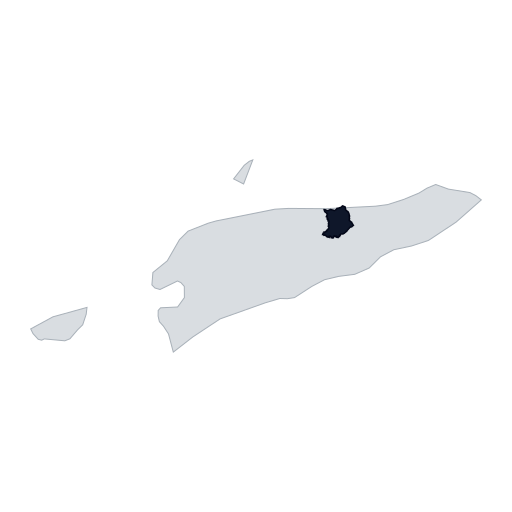 Vemasse, Baucau, East Timor shown in context
{"feature_id": "22284137B19870753775512", "entity_name": "Vemasse", "entity_type": "district", "adm_level": 2, "iso_a3": "TLS", "parent_name": "East Timor", "parent_adm1": "Baucau", "projection": "albers", "projection_center": [126.238, -8.584], "detail": "fine", "context": "in_parent", "style": "filled", "palette": "ink", "viewbox_px": 512, "rotation_deg": 0, "n_neighbors": 0, "source": "geoboundaries", "source_scale": "gbopen_adm2", "svg_char_len": 5619}
<svg xmlns="http://www.w3.org/2000/svg" viewBox="0 0 512 512"><path d="M173.3,352.1L168.5,333.9L163.4,326.1L159.4,321.7L158.1,316.1L158.2,310.4L160.6,307.8L177.6,307.0L184.4,297.6L184.3,286.4L180.9,282.6L177.5,281.0L160.0,289.5L154.9,288.0L151.9,284.9L152.9,272.5L167.3,260.8L179.5,239.6L188.1,231.1L208.2,223.2L216.3,220.9L274.8,209.2L288.7,208.4L325.8,208.7L375.4,206.2L387.6,204.6L403.5,199.5L418.9,193.1L427.1,188.1L435.7,184.5L448.4,189.1L470.0,192.6L475.9,195.7L481.3,199.9L456.1,222.1L428.5,240.4L411.5,246.0L393.9,249.7L380.5,256.8L369.2,268.0L354.8,274.3L338.5,276.4L324.6,279.7L312.0,286.3L294.5,297.6L287.4,298.7L279.8,298.5L265.3,302.8L220.1,318.9L192.9,336.9L173.3,352.1ZM30.7,328.9L53.0,316.8L87.0,307.4L86.2,314.2L82.7,324.8L77.6,329.8L69.9,338.8L64.8,340.8L44.3,338.9L41.7,340.2L38.2,339.3L33.0,333.6L30.7,328.9ZM252.8,159.9L243.6,184.0L233.6,178.9L244.2,165.3L249.3,161.3L252.8,159.9Z" fill="#d9dde1" stroke="#a8b0b8" stroke-width="1"/><path d="M342.4,205.9L342.2,206.2L341.8,206.6L341.6,206.8L341.0,207.2L340.5,207.6L340.2,207.6L339.9,207.6L339.7,207.7L339.4,207.9L339.1,207.9L338.9,208.1L338.4,208.2L337.9,208.4L337.6,208.4L337.3,208.3L337.1,208.3L336.9,208.5L336.7,208.9L336.4,209.3L335.9,209.7L335.2,210.2L334.8,210.5L334.5,210.6L334.2,210.6L333.7,210.4L333.4,210.3L333.2,210.1L332.0,209.9L331.1,209.6L330.8,209.6L330.5,209.5L330.2,209.6L329.4,210.0L329.0,210.1L328.6,210.4L328.4,210.5L328.1,210.6L327.8,210.6L327.7,210.6L327.2,210.6L326.4,210.3L326.2,210.2L325.6,209.9L325.1,209.7L324.4,209.6L324.1,209.6L324.4,210.8L324.8,211.6L325.0,211.8L325.3,212.2L326.4,212.9L326.6,213.0L326.7,213.4L326.9,213.5L327.1,213.6L327.3,213.8L327.5,214.0L327.5,214.3L327.3,214.5L327.1,214.5L327.2,215.0L327.1,215.3L327.2,215.6L326.8,215.7L326.7,215.9L326.8,215.9L327.1,215.9L327.1,216.0L326.9,216.2L327.0,216.4L327.0,216.7L327.1,216.9L326.9,217.0L327.1,217.1L327.1,217.3L327.3,217.5L327.4,217.9L327.4,218.0L327.3,218.5L327.5,218.6L327.4,218.7L327.3,218.8L327.5,218.9L327.4,219.2L327.5,219.3L327.5,219.5L327.6,219.8L327.8,220.0L328.0,220.1L328.1,220.5L328.2,220.4L328.2,220.5L328.3,220.4L328.5,220.3L328.6,220.6L328.7,220.8L328.8,221.0L328.8,220.9L328.9,221.2L329.1,221.3L329.1,221.6L328.9,221.7L329.0,222.1L328.9,222.2L328.8,222.3L328.8,222.5L328.7,222.6L328.8,222.9L328.8,223.2L328.7,223.2L328.5,223.3L328.4,223.5L328.5,223.8L328.4,224.0L328.5,224.4L328.6,224.5L328.9,224.7L329.1,225.1L328.9,225.2L328.7,225.4L328.5,225.5L328.4,225.7L328.3,225.9L328.3,226.0L328.3,226.4L328.3,226.5L328.6,226.7L328.8,226.8L328.9,227.0L328.8,227.3L328.9,227.6L329.0,227.9L328.8,228.2L328.8,228.3L328.7,228.4L328.6,228.6L328.3,228.6L328.2,228.7L328.2,228.8L328.1,229.1L328.0,229.3L328.0,229.5L327.9,229.6L327.6,229.7L327.3,230.0L327.2,230.2L326.9,230.2L326.9,230.3L326.9,230.5L326.9,230.9L326.6,230.9L326.4,231.0L326.5,231.2L326.3,231.4L326.2,231.3L326.1,231.5L325.7,231.6L325.2,231.8L325.1,232.0L324.8,232.1L324.7,232.1L324.8,232.2L324.7,232.3L324.4,232.3L324.2,232.4L324.3,232.6L324.0,232.6L323.9,232.8L323.6,233.0L323.3,233.1L323.4,233.4L323.0,233.7L322.7,234.1L322.6,234.5L322.8,234.5L323.3,234.5L323.5,234.9L324.0,235.4L324.5,235.2L324.8,234.9L325.1,235.0L325.3,235.3L325.8,235.5L326.1,236.0L326.6,236.6L327.2,236.8L327.3,236.8L327.6,236.6L327.8,236.6L327.9,237.1L328.0,237.2L328.4,236.9L328.5,236.9L328.5,237.1L328.8,237.1L328.9,236.7L329.1,236.8L329.2,237.1L329.3,237.2L329.4,236.9L329.5,236.8L329.4,236.6L329.6,236.3L329.8,236.6L330.3,236.5L330.5,236.5L330.6,236.4L330.7,236.7L330.8,236.8L331.1,237.1L331.2,237.7L331.4,237.7L331.5,237.6L331.4,237.2L331.6,237.1L331.8,237.1L331.9,237.3L332.0,237.7L332.1,237.9L332.5,238.0L332.9,237.9L333.2,237.9L333.4,237.8L333.5,237.7L333.4,237.5L333.4,237.4L333.4,237.2L333.6,236.7L333.9,236.0L334.0,235.9L334.1,236.0L334.3,236.2L334.5,236.1L334.8,235.9L335.0,236.0L334.9,236.2L335.0,236.3L335.6,236.3L335.9,236.3L335.8,236.6L336.0,236.6L336.3,236.5L336.5,236.2L337.0,236.5L337.3,236.8L337.1,236.9L337.1,237.1L336.8,237.3L337.0,237.4L337.6,237.3L337.9,237.1L337.9,237.3L338.1,237.5L338.2,237.4L338.3,237.3L338.4,237.0L338.5,237.0L338.9,236.8L338.9,236.7L338.9,236.4L339.0,236.3L339.3,236.2L339.4,236.4L339.6,236.4L339.6,236.1L339.6,235.9L339.8,235.6L339.7,235.3L339.8,235.3L340.2,235.2L340.3,235.2L340.5,234.9L340.5,234.7L340.4,234.6L340.7,234.4L340.9,234.2L340.7,234.2L341.0,233.9L341.6,233.8L342.1,234.0L342.3,234.0L342.5,234.0L342.9,234.0L343.0,233.9L343.3,233.8L343.5,233.6L344.0,233.4L344.5,233.1L344.7,232.7L345.0,232.5L345.3,232.4L345.9,231.9L346.0,231.7L346.0,231.4L346.3,231.4L346.5,231.4L346.8,231.2L347.1,230.5L347.3,230.3L349.3,228.1L349.5,227.9L349.8,227.5L349.9,227.4L350.1,227.3L350.3,227.2L350.6,227.0L351.1,227.0L351.3,226.9L351.7,226.8L351.9,226.7L352.2,226.3L352.3,226.2L352.6,226.0L352.7,225.9L353.1,225.6L353.4,225.3L353.3,225.2L353.1,225.0L353.0,224.8L352.8,224.6L352.8,224.4L352.4,223.8L352.4,223.7L352.2,223.5L352.1,223.1L351.9,222.8L351.2,222.1L351.3,222.0L351.0,221.8L350.8,221.7L350.6,221.5L349.9,221.0L349.9,220.8L349.5,220.4L349.3,220.4L349.2,220.2L349.3,219.8L349.2,219.6L349.2,219.3L349.5,219.0L349.6,218.7L349.3,217.9L349.3,217.3L349.5,216.9L349.3,216.6L349.5,216.4L349.5,216.2L349.5,215.6L349.4,215.4L349.2,215.3L349.2,215.2L349.2,214.9L349.0,213.8L348.5,212.6L348.4,212.6L348.2,212.5L348.1,212.2L348.1,211.8L347.8,211.5L347.3,211.3L347.1,211.1L346.9,211.0L346.8,210.8L345.8,210.0L345.6,209.7L345.5,209.1L345.6,208.7L345.3,207.9L345.3,207.6L345.0,207.1L344.9,206.8L344.9,206.7L344.3,206.6L344.1,206.5L343.6,206.5L343.5,206.3L343.3,206.4L343.2,206.3L343.0,206.1L342.9,206.1L342.7,206.0L342.4,205.9Z" fill="#0f172a" stroke="#020617" stroke-width="1.5"/></svg>